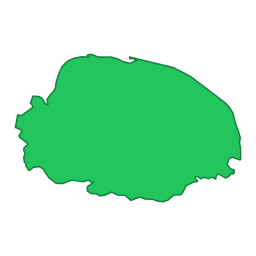 an SVG outline of Norfolk
{"feature_id": "GBR-2319", "entity_name": "Norfolk", "entity_type": "Administrative County", "adm_level": 1, "iso_a3": "GBR", "parent_name": "United Kingdom", "parent_adm1": "", "projection": "orthographic", "projection_center": [0.894, 52.67], "detail": "fine", "context": "isolated", "style": "filled", "palette": "green", "viewbox_px": 256, "rotation_deg": 0, "n_neighbors": 0, "source": "natural_earth", "source_scale": "10m", "svg_char_len": 1590}
<svg xmlns="http://www.w3.org/2000/svg" viewBox="0 0 256 256"><path d="M32.8,96.3L33.8,96.1L39.4,96.7L41.7,98.1L45.6,103.8L47.7,104.9L47.7,103.3L47.0,99.7L49.8,95.3L53.6,91.2L55.4,88.1L56.2,82.4L58.0,76.2L60.3,70.5L62.2,66.5L67.1,61.5L74.0,58.2L81.5,56.8L88.4,57.1L87.3,55.3L90.2,54.3L93.3,55.0L96.4,56.4L99.4,57.1L111.4,57.1L116.9,58.6L123.3,61.7L130.0,63.4L136.4,60.4L134.9,59.4L133.2,58.7L131.5,58.5L129.7,58.7L129.7,57.1L173.0,67.5L190.1,76.2L225.3,102.9L229.5,107.5L232.9,113.2L235.7,124.2L238.3,131.0L240.3,137.8L239.4,142.8L240.3,146.4L240.6,151.0L240.6,159.4L240.3,159.8L239.8,159.9L232.5,157.3L230.2,157.9L228.6,159.7L227.2,164.6L230.5,168.8L234.0,169.9L234.3,172.4L233.0,174.1L232.1,172.8L228.4,176.7L225.6,178.0L219.5,174.4L217.6,174.3L216.1,176.2L215.7,179.0L211.9,177.2L208.4,178.7L204.2,177.2L200.6,178.8L197.4,176.4L195.7,176.5L195.0,178.1L197.6,180.8L197.2,181.5L193.1,182.2L186.2,185.6L182.4,193.1L180.7,194.7L173.7,195.1L168.0,200.1L163.5,201.7L157.6,201.1L152.3,199.2L145.6,199.1L139.6,197.1L130.8,200.4L124.9,195.2L117.7,195.1L111.5,192.1L104.4,195.3L99.2,195.8L96.7,193.9L91.0,193.5L87.7,191.3L87.2,188.0L87.8,186.4L93.3,182.3L90.3,181.6L88.6,180.1L83.2,181.7L71.8,180.1L62.4,183.6L56.0,183.3L49.1,177.9L44.4,171.3L44.1,169.7L39.3,166.6L33.2,167.4L29.8,170.3L28.5,170.2L25.9,165.7L26.2,163.8L24.4,162.2L23.7,157.2L25.2,153.1L23.7,150.4L24.1,147.6L27.6,144.7L27.8,143.7L19.2,136.9L19.1,135.3L21.6,132.2L21.0,129.7L15.4,127.5L17.7,114.9L21.5,115.6L32.4,107.6L32.8,106.2L30.5,103.0L32.5,97.3L32.8,96.3L32.8,96.3Z" fill="#22c55e" stroke="#15803d" stroke-width="1.5"/></svg>